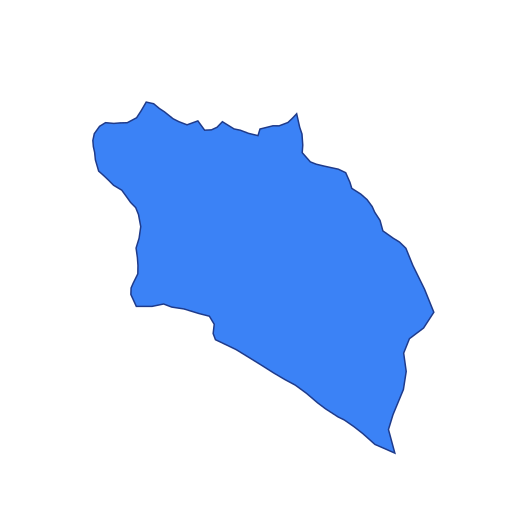 the district of Diorios, Cyprus, rotated 287°
{"feature_id": "46923920B66967696615816", "entity_name": "Diorios", "entity_type": "district", "adm_level": 2, "iso_a3": "CYP", "parent_name": "Cyprus", "parent_adm1": "", "projection": "orthographic", "projection_center": [33.034, 35.3], "detail": "fine", "context": "isolated", "style": "filled", "palette": "blue", "viewbox_px": 512, "rotation_deg": 287, "n_neighbors": 0, "source": "geoboundaries", "source_scale": "gbopen_adm2", "svg_char_len": 1453}
<svg xmlns="http://www.w3.org/2000/svg" viewBox="0 0 512 512"><g transform="rotate(287 256 256)"><path d="M307.2,397.1L311.3,389.1L313.1,382.1L317.1,370.0L326.3,364.2L332.6,356.7L337.2,352.7L342.4,345.7L345.8,338.2L348.7,327.8L353.9,324.3L361.9,317.4L363.1,309.3L362.5,302.4L361.9,294.9L361.4,286.8L361.9,280.4L368.3,270.0L375.7,268.3L386.1,264.3L391.8,260.2L403.9,253.3L398.1,250.4L393.0,247.5L387.2,240.0L385.5,234.2L378.6,222.7L371.7,222.7L371.1,212.9L371.7,204.2L371.1,197.9L374.6,184.6L367.7,181.1L363.6,176.5L361.3,170.1L368.2,160.9L361.3,151.7L361.9,143.0L363.0,136.6L367.1,126.3L368.8,120.5L371.7,113.6L371.1,106.0L361.3,103.7L353.3,101.4L345.8,93.9L343.5,87.0L341.2,81.2L339.5,73.1L334.3,68.5L325.7,65.6L318.8,66.2L313.0,68.5L307.9,71.4L301.0,74.3L291.2,80.7L288.3,87.0L285.4,92.8L282.0,99.1L279.7,108.4L274.5,115.3L270.5,120.5L267.1,126.8L261.3,131.5L250.4,137.2L238.9,139.0L228.5,139.0L219.9,143.0L212.4,145.9L204.4,148.2L194.1,146.5L188.9,145.9L182.6,147.6L172.8,156.3L177.4,171.3L183.1,181.7L182.5,190.3L184.3,202.5L184.3,218.1L184.8,229.0L178.5,236.0L169.3,237.7L164.1,241.7L160.7,264.3L153.8,290.8L149.2,307.6L146.3,319.7L144.0,331.3L139.4,344.5L133.6,357.8L130.2,367.1L126.1,381.5L125.0,388.4L121.5,399.4L117.5,409.8L110.6,424.8L108.1,446.4L128.8,433.4L144.3,433.4L171.4,436.0L189.5,433.4L206.3,425.6L221.8,426.9L236.1,437.3L254.2,442.5L273.5,426.9L292.9,408.7L307.2,397.1Z" fill="#3b82f6" stroke="#1e3a8a" stroke-width="1.5"/></g></svg>